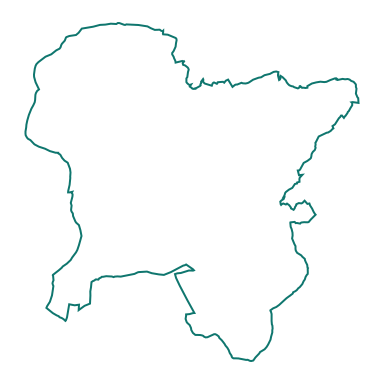 outline of SIC, Cluj, Romania
{"feature_id": "2599482B87199610196685", "entity_name": "SIC", "entity_type": "district", "adm_level": 2, "iso_a3": "ROU", "parent_name": "Romania", "parent_adm1": "Cluj", "projection": "mercator", "projection_center": [23.908, 46.924], "detail": "fine", "context": "isolated", "style": "outline", "palette": "teal", "viewbox_px": 384, "rotation_deg": 0, "n_neighbors": 0, "source": "geoboundaries", "source_scale": "gbopen_adm2", "svg_char_len": 5792}
<svg xmlns="http://www.w3.org/2000/svg" viewBox="0 0 384 384"><path d="M307.7,274.0L307.8,272.5L307.7,268.7L308.0,268.1L307.5,267.5L307.2,264.9L305.8,262.1L305.0,260.2L304.8,258.9L302.2,256.6L301.3,255.4L297.1,252.8L295.8,250.6L295.5,249.0L295.5,246.1L294.5,244.3L292.1,238.5L292.6,235.7L292.5,232.7L291.6,229.0L290.7,226.9L290.3,222.8L290.4,222.4L294.5,221.9L294.9,222.1L295.6,223.1L297.0,223.0L300.1,223.6L300.7,222.9L301.4,222.5L304.0,222.2L307.8,222.3L308.7,222.0L310.9,219.4L315.6,214.7L314.7,213.6L313.6,211.8L312.1,208.6L310.1,205.5L309.4,203.5L307.4,203.9L304.6,200.7L302.5,202.9L301.5,203.4L298.8,203.1L296.4,204.2L296.2,204.5L296.2,205.3L295.0,207.1L294.7,208.3L293.6,209.8L291.0,208.4L290.9,207.5L289.2,205.2L287.0,203.6L285.9,204.5L283.2,203.5L281.7,204.3L281.1,204.9L280.7,204.3L280.3,201.6L281.6,200.3L283.6,199.1L284.3,197.4L283.3,197.5L284.5,195.3L285.2,192.9L285.9,192.0L289.0,189.6L292.3,187.9L294.9,184.0L297.0,183.5L297.1,182.5L299.5,181.8L299.4,179.0L299.8,177.6L302.4,174.8L299.0,175.2L297.8,170.5L299.4,170.3L300.2,169.3L303.7,162.9L307.4,160.9L310.3,158.7L310.9,158.0L311.3,156.5L311.6,154.2L311.9,153.5L312.9,151.8L314.8,150.0L315.6,147.8L315.2,146.7L315.6,144.5L315.4,142.8L316.0,141.9L318.7,136.5L326.7,132.7L328.1,132.5L330.7,130.9L332.5,129.0L333.4,128.4L332.5,126.1L335.0,124.3L338.9,118.2L340.1,117.1L341.0,115.6L341.9,115.5L343.9,117.9L345.0,116.2L345.4,116.0L347.5,113.0L347.8,112.0L348.8,111.1L350.6,107.8L352.2,105.3L352.2,102.8L351.6,102.3L352.6,102.1L358.5,102.9L358.2,98.1L357.5,97.4L355.9,93.6L356.5,88.7L355.9,86.9L355.9,84.7L355.7,84.2L353.6,81.8L351.2,80.9L349.6,79.6L347.7,79.0L345.1,79.3L342.6,78.9L337.5,80.0L336.5,79.6L337.0,78.9L336.2,78.3L334.9,78.4L330.2,80.1L326.5,81.8L324.3,82.1L320.4,81.7L316.2,82.4L311.9,83.5L307.4,86.1L307.4,87.7L305.4,88.0L303.7,87.7L302.0,87.8L300.3,86.1L299.7,86.2L299.5,86.8L300.2,87.0L297.9,88.4L294.2,87.2L293.0,86.4L291.6,86.2L289.4,85.3L288.2,84.2L286.8,82.5L285.8,80.4L284.1,78.7L282.6,77.2L280.4,75.8L280.1,77.3L280.4,78.4L279.8,78.8L279.9,79.5L279.1,80.0L278.0,75.6L278.0,74.6L278.4,72.1L276.2,71.5L273.6,71.9L269.9,73.9L264.5,75.2L261.1,77.3L258.6,77.7L253.1,79.7L249.2,82.3L247.8,83.0L245.6,83.5L242.8,83.3L241.5,82.8L237.3,84.5L236.1,84.5L235.0,84.9L232.5,86.9L228.1,79.6L225.8,80.7L224.2,82.7L223.0,81.8L218.2,82.2L217.7,82.3L217.3,83.4L216.9,83.8L214.1,82.5L213.5,82.6L212.6,83.5L211.8,85.7L204.9,83.6L203.2,82.1L203.3,79.4L203.1,79.0L201.1,81.7L201.1,83.3L200.4,84.3L200.6,85.4L200.0,86.0L196.6,87.9L194.7,88.5L194.9,88.8L193.1,88.9L191.9,88.3L191.7,87.9L189.8,86.6L191.1,84.5L189.6,85.0L188.9,84.7L187.1,83.1L186.4,82.1L186.4,78.4L187.3,77.1L188.0,72.0L188.7,69.6L188.3,68.4L187.7,67.5L185.2,65.5L183.1,64.8L183.0,64.2L182.7,63.4L182.8,63.0L184.6,60.8L183.5,61.3L182.6,61.5L182.2,61.0L175.6,62.6L175.4,61.1L174.9,59.9L174.1,58.3L173.6,56.7L172.2,54.4L172.2,53.0L173.6,51.1L175.6,46.7L176.0,43.2L176.6,40.2L176.4,38.9L175.7,38.0L167.8,34.7L163.1,34.3L162.9,33.3L163.2,31.8L163.2,30.7L162.7,31.2L161.2,30.8L159.7,29.7L154.8,29.9L150.8,28.2L147.5,26.4L138.5,25.0L126.3,24.4L125.4,24.9L124.4,24.9L119.5,23.1L117.9,23.0L116.3,24.0L110.8,23.7L105.4,24.6L100.0,24.9L93.2,26.7L81.8,28.6L78.6,32.8L76.0,35.0L69.3,36.0L66.4,37.1L65.9,37.7L64.8,40.6L61.9,43.8L61.3,44.9L60.5,47.4L59.5,48.7L56.3,50.3L51.3,54.3L45.5,56.7L38.3,62.2L36.4,64.2L35.6,65.8L34.8,68.6L34.0,74.5L34.1,76.9L35.6,82.3L39.0,89.4L37.1,91.0L35.9,93.1L35.4,94.9L35.1,100.1L34.7,102.3L33.2,105.5L31.4,108.7L28.9,114.9L27.3,120.4L26.4,124.7L26.2,127.3L25.5,131.5L25.5,133.6L25.7,135.3L26.9,137.5L28.0,138.8L30.4,140.1L34.2,144.1L34.9,144.6L38.9,146.7L45.0,148.7L49.9,151.1L55.5,152.7L58.1,152.8L58.0,153.2L60.3,154.7L62.1,157.9L64.5,160.6L67.7,162.7L70.0,168.8L70.5,172.5L70.2,176.9L70.3,177.9L69.6,184.9L68.2,191.0L68.1,192.4L69.7,192.4L72.3,191.8L71.7,193.0L72.4,193.9L72.6,194.7L72.4,196.7L70.8,202.9L71.6,205.6L71.1,209.5L71.2,210.7L71.8,212.0L72.8,213.4L73.1,216.1L75.4,221.5L76.2,222.7L78.9,225.1L80.4,230.2L81.5,236.0L78.9,245.3L77.3,250.0L76.0,252.4L72.1,257.6L70.7,260.0L66.8,263.7L62.7,266.5L61.8,267.7L58.8,270.3L52.9,274.9L52.8,275.3L53.1,275.9L53.5,280.3L52.8,282.0L52.5,283.3L52.9,284.9L53.4,286.0L52.0,295.4L49.9,301.8L47.1,306.2L46.4,307.9L52.8,313.1L56.7,315.4L58.7,316.2L59.5,317.2L61.7,318.0L63.6,319.2L65.4,320.9L65.9,320.4L67.0,317.4L69.2,304.3L74.7,305.3L79.0,304.7L78.7,310.1L84.6,305.8L90.0,303.6L90.4,295.6L90.3,291.4L91.0,287.3L91.5,282.1L92.7,281.2L94.5,280.4L95.3,279.7L95.9,279.4L98.4,279.6L99.2,278.4L100.9,277.6L101.8,276.8L103.0,276.8L106.2,276.2L111.8,276.5L113.7,277.1L114.7,276.6L117.4,276.4L120.8,276.6L134.5,273.9L137.6,272.4L138.7,272.1L147.0,271.6L151.8,273.2L158.9,274.4L163.9,274.9L170.9,272.1L183.2,265.6L184.9,265.2L186.1,264.5L192.9,269.2L193.9,270.3L193.1,270.6L188.9,270.5L180.8,273.0L177.5,273.3L175.0,274.1L176.1,278.0L179.7,285.6L187.3,300.1L194.4,313.0L193.0,313.1L189.5,314.1L186.1,314.4L186.1,315.7L185.6,318.9L186.6,321.9L187.2,322.8L189.7,325.1L191.0,328.0L191.3,330.0L192.9,332.9L195.3,334.9L200.0,335.0L202.1,335.4L203.3,335.9L204.2,336.8L205.7,337.4L207.5,337.2L214.1,334.2L215.3,334.2L216.6,334.8L218.7,336.4L219.3,337.9L221.8,340.3L224.5,343.8L225.5,345.6L227.3,347.7L228.7,350.1L229.8,353.1L231.5,355.6L231.7,356.7L232.4,357.7L233.4,358.3L238.3,358.4L246.1,359.9L247.7,359.8L250.1,360.9L251.4,361.0L253.3,360.5L255.4,357.5L259.3,353.4L260.0,352.1L264.6,349.3L266.6,347.0L268.1,344.6L270.5,339.7L271.1,336.7L272.3,332.5L272.3,330.1L272.6,328.6L272.4,325.6L271.9,324.4L271.6,321.0L271.6,314.0L270.9,311.5L270.4,310.8L270.4,310.3L273.2,308.3L276.3,307.0L279.2,304.9L286.5,298.2L292.5,293.8L292.9,293.2L293.1,292.3L295.5,291.1L297.0,289.9L298.2,288.3L299.7,287.2L302.3,284.1L303.6,281.2L304.8,279.5L305.6,276.9L306.8,274.9L307.7,274.0Z" fill="none" stroke="#0f766e" stroke-width="2"/></svg>